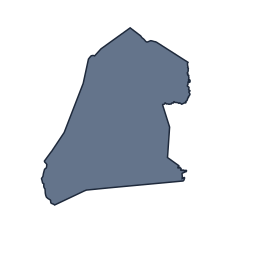 El Paraiso, Copán, Honduras, rotated 198°
{"feature_id": "27666195B24019943465841", "entity_name": "El Paraiso", "entity_type": "district", "adm_level": 2, "iso_a3": "HND", "parent_name": "Honduras", "parent_adm1": "Copán", "projection": "robinson", "projection_center": [-89.052, 15.058], "detail": "fine", "context": "isolated", "style": "filled", "palette": "slate", "viewbox_px": 256, "rotation_deg": 198, "n_neighbors": 0, "source": "geoboundaries", "source_scale": "gbopen_adm2", "svg_char_len": 4591}
<svg xmlns="http://www.w3.org/2000/svg" viewBox="0 0 256 256"><g transform="rotate(198 128 128)"><path d="M91.2,209.0L127.4,218.4L128.6,218.5L129.3,218.4L130.0,218.3L130.6,218.3L131.4,218.3L132.4,218.2L133.3,218.1L134.0,217.6L135.0,216.7L135.6,216.2L136.3,215.7L136.9,215.6L137.9,215.8L138.5,216.2L139.1,216.6L139.9,217.1L140.7,217.5L142.1,218.0L142.8,218.3L144.4,219.5L156.9,223.9L178.1,195.0L182.0,186.3L182.7,186.3L183.6,186.2L183.8,186.1L184.1,186.0L184.8,185.6L185.3,185.3L185.4,185.2L185.7,184.1L185.8,184.0L186.0,183.8L186.1,183.7L186.5,182.4L186.9,181.3L184.4,156.6L187.3,104.0L193.5,81.9L193.7,81.6L197.3,70.7L196.7,69.9L195.7,69.4L195.0,69.0L194.0,68.3L193.4,65.8L193.4,64.7L194.1,63.9L194.6,62.8L194.5,60.8L194.4,58.7L194.2,57.3L194.0,56.0L194.1,55.0L194.6,53.6L194.6,53.0L193.6,51.6L192.3,49.4L191.7,49.1L190.7,48.8L190.4,47.4L189.9,46.1L189.1,45.1L188.2,44.5L187.3,42.5L186.6,40.6L185.5,38.6L184.2,37.0L182.4,36.2L181.4,36.0L180.5,35.7L179.7,35.6L179.3,35.3L178.7,33.8L178.1,32.9L176.9,32.6L175.4,32.5L175.1,32.5L174.5,32.3L174.0,32.1L150.5,54.3L148.4,56.1L127.6,65.2L59.3,94.6L59.1,94.9L58.9,95.2L58.8,95.6L58.7,95.8L58.7,96.1L58.7,96.8L58.7,97.3L58.7,97.8L58.8,98.1L59.1,98.3L59.3,98.2L59.5,98.1L59.8,97.9L60.0,97.5L60.2,97.2L60.4,97.0L60.8,96.8L60.9,96.7L61.4,98.8L61.8,99.6L62.1,100.2L62.3,100.9L62.5,101.3L62.5,101.6L62.3,101.8L61.7,102.4L60.8,103.2L60.7,103.3L60.7,103.7L60.6,103.8L60.6,104.0L60.4,104.2L60.2,104.2L59.9,104.0L59.6,104.1L59.4,104.2L59.3,104.6L59.1,104.9L59.1,105.2L59.1,105.4L59.2,105.5L59.3,105.6L59.5,105.7L60.1,105.5L60.6,105.3L60.8,105.2L61.1,104.9L61.4,104.8L61.5,104.8L61.8,105.1L62.0,105.2L62.3,105.1L62.5,104.7L62.9,104.5L63.1,104.5L63.4,104.8L63.5,104.8L63.8,104.7L64.0,104.3L64.1,104.2L64.3,104.1L64.5,104.1L64.8,104.2L64.9,104.3L65.0,104.4L65.0,104.6L65.0,104.8L64.9,105.1L64.9,105.5L65.0,105.8L65.3,106.0L65.5,106.1L65.8,106.2L66.0,106.2L66.3,106.0L66.5,106.0L66.7,106.3L66.7,106.6L66.8,106.6L67.0,106.7L67.4,106.6L67.5,106.5L67.5,106.4L67.4,106.0L67.4,105.9L67.5,105.7L68.0,105.5L68.3,105.6L68.4,105.9L68.4,106.4L68.3,106.7L68.2,107.1L68.2,107.5L68.1,107.9L81.3,112.1L88.7,141.7L102.2,160.6L102.1,161.2L101.7,161.3L101.4,161.5L101.1,161.7L100.7,162.2L100.6,162.4L100.5,162.6L100.5,162.8L100.5,163.1L100.4,163.2L100.4,163.3L100.2,163.3L99.8,163.2L99.5,163.1L99.0,162.8L98.9,162.8L98.7,162.8L98.1,163.1L97.7,163.2L97.3,163.2L96.8,163.2L96.5,163.2L96.2,163.3L95.7,163.6L95.2,163.9L94.9,164.0L94.5,164.0L94.4,164.1L94.1,164.9L93.9,165.3L93.8,165.5L93.4,165.5L93.1,165.6L92.6,165.8L92.4,166.0L92.4,166.3L92.6,166.5L92.6,166.9L92.5,167.1L92.4,167.2L92.3,167.3L92.2,167.3L91.8,167.1L91.7,167.0L91.3,167.0L90.8,167.0L90.5,167.0L90.2,167.1L89.6,167.3L88.9,167.4L88.1,167.4L87.9,167.4L87.5,167.2L87.2,167.2L87.0,167.3L86.9,167.4L86.9,167.6L86.7,167.8L86.3,167.8L85.4,167.6L85.0,167.5L84.5,167.2L84.4,167.2L84.1,167.3L83.6,167.9L81.9,169.4L81.6,169.8L81.4,170.0L81.3,169.9L81.3,169.7L81.2,169.6L80.9,169.8L80.8,170.2L80.8,170.4L81.0,170.5L81.3,170.8L81.3,171.0L81.2,171.1L81.1,171.3L80.8,171.6L80.6,171.9L80.5,172.3L80.3,172.8L80.3,173.0L80.3,173.3L80.3,173.5L80.4,174.0L80.4,174.5L80.3,175.1L80.2,175.2L80.0,175.5L79.9,175.7L79.9,175.8L80.0,176.0L80.2,176.3L80.2,176.6L80.1,176.8L79.9,177.0L79.5,178.6L79.5,179.1L79.5,179.3L80.1,180.0L80.5,180.4L81.0,180.7L81.2,180.9L81.2,181.0L81.2,181.3L81.2,181.5L81.2,181.8L81.1,182.0L80.9,182.2L80.8,182.3L80.6,182.2L80.5,182.3L80.5,182.5L81.4,183.0L81.7,183.1L82.1,183.1L82.3,183.4L82.3,183.9L82.4,185.1L82.5,185.3L82.9,185.7L83.3,185.9L83.5,186.0L84.0,185.9L84.2,186.0L84.4,186.1L84.5,186.4L84.6,186.7L84.7,187.2L84.6,187.5L84.5,188.0L84.5,188.3L84.6,188.6L84.8,189.2L85.0,189.7L85.0,190.3L85.0,190.7L85.0,190.9L84.9,191.0L84.6,191.0L84.5,190.9L84.4,190.6L84.3,190.4L84.1,190.3L83.8,190.3L83.6,190.6L83.4,190.7L83.3,190.9L83.3,191.0L83.4,191.6L83.5,192.1L83.8,192.5L84.1,192.8L84.4,193.0L84.5,193.0L84.7,192.9L84.8,192.6L84.7,192.4L84.7,192.2L84.8,192.1L85.0,192.0L85.3,192.4L85.4,193.1L85.5,193.8L85.6,194.4L85.6,194.6L85.7,194.8L86.0,195.2L86.2,195.6L86.3,195.9L86.3,196.4L86.5,196.8L86.8,197.0L87.0,197.0L87.2,196.8L87.4,196.8L87.5,196.8L87.8,197.1L87.9,197.3L87.9,197.5L87.8,197.8L87.8,198.1L88.0,198.3L88.5,198.4L88.6,198.5L88.7,198.9L88.5,199.3L88.4,199.6L88.4,200.1L88.4,200.7L88.5,201.0L88.5,201.3L88.8,202.1L88.9,202.4L89.0,202.6L89.0,203.1L89.0,203.3L89.1,203.5L89.4,203.7L89.6,203.7L89.8,203.8L90.0,204.0L90.0,204.4L89.9,204.6L90.0,204.8L90.1,205.1L90.4,205.5L90.6,205.8L91.2,207.2L91.3,207.5L91.4,207.8L91.4,208.1L91.3,208.4L91.2,209.0Z" fill="#64748b" stroke="#1e293b" stroke-width="1.5"/></g></svg>